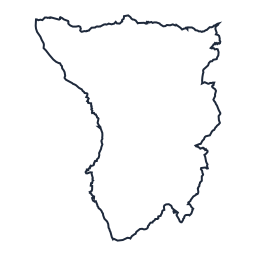 outline of Berislavesti, Vâlcea, Romania
{"feature_id": "2599482B15216043869555", "entity_name": "Berislavesti", "entity_type": "district", "adm_level": 2, "iso_a3": "ROU", "parent_name": "Romania", "parent_adm1": "Vâlcea", "projection": "orthographic", "projection_center": [24.443, 45.275], "detail": "fine", "context": "isolated", "style": "outline", "palette": "slate", "viewbox_px": 256, "rotation_deg": 0, "n_neighbors": 0, "source": "geoboundaries", "source_scale": "gbopen_adm2", "svg_char_len": 5724}
<svg xmlns="http://www.w3.org/2000/svg" viewBox="0 0 256 256"><path d="M135.5,233.9L136.4,231.8L140.0,229.0L142.2,228.8L144.0,229.4L145.9,229.1L147.0,228.5L147.8,227.6L147.9,226.5L148.2,225.7L148.9,225.3L149.2,224.4L150.5,222.7L152.5,222.5L152.9,221.5L154.7,220.2L155.3,219.0L157.5,219.0L158.1,218.6L158.4,218.1L158.1,217.1L158.3,216.4L160.6,215.9L161.1,214.4L161.8,213.5L162.3,211.0L162.9,210.4L164.3,209.9L163.9,206.7L164.3,205.5L166.1,204.4L168.8,204.2L171.3,205.8L172.2,208.2L175.0,210.5L173.9,210.6L173.5,211.1L174.0,211.7L173.7,212.1L173.9,212.7L174.6,212.4L175.1,212.6L175.8,212.1L175.5,211.1L175.7,210.9L177.9,212.6L176.6,214.8L176.6,215.3L179.0,219.3L179.8,221.4L181.1,222.3L181.7,222.2L182.7,220.6L183.2,219.7L183.2,218.8L184.2,217.9L184.3,216.6L185.2,215.4L186.1,215.0L188.6,214.9L189.5,215.4L191.3,213.6L192.6,210.0L192.4,209.7L193.2,208.8L191.4,207.0L190.1,204.6L189.1,204.1L188.1,204.1L188.8,203.0L188.4,202.4L190.4,201.0L190.8,199.9L193.3,196.5L195.8,195.0L196.4,194.0L197.5,194.1L198.2,192.8L198.3,191.6L197.8,188.7L198.1,188.4L198.1,187.6L199.4,185.9L199.3,184.8L200.0,183.2L200.0,182.5L201.8,180.8L201.8,176.3L202.9,175.1L203.1,174.3L202.5,173.1L202.1,170.8L200.9,169.1L201.2,168.0L205.3,167.5L207.0,168.6L207.8,168.4L207.0,165.9L207.5,164.3L206.9,163.5L206.1,161.6L205.2,156.8L204.4,154.9L206.1,153.7L207.6,151.8L207.4,150.6L206.2,150.1L205.9,149.3L205.1,149.9L204.5,148.8L203.7,148.7L203.7,148.0L203.5,147.8L202.8,147.7L200.3,148.7L199.5,147.7L198.2,147.2L197.8,146.3L196.3,146.5L195.5,145.6L199.5,144.0L200.7,143.9L202.4,140.8L204.0,139.2L204.3,138.1L205.0,136.9L205.8,136.3L209.9,135.3L211.9,131.5L213.1,130.3L214.2,129.9L215.5,127.4L216.3,126.8L217.0,125.7L218.6,124.5L219.9,122.9L218.9,120.1L218.6,116.1L220.3,113.8L220.3,113.0L218.7,110.0L217.0,105.6L215.9,104.0L215.3,102.4L214.0,100.8L213.4,99.6L215.1,96.1L215.0,94.4L216.0,90.9L215.1,89.2L212.8,87.6L212.1,86.7L212.1,86.2L212.7,85.4L213.0,85.5L213.6,85.0L213.7,83.9L214.2,82.6L212.8,82.6L211.3,83.1L210.2,82.9L209.1,83.6L208.2,83.8L204.7,82.2L202.0,83.5L202.3,82.3L202.1,80.6L202.4,77.0L203.0,73.6L203.4,72.5L203.1,70.7L203.5,69.5L208.1,65.4L208.9,63.0L210.4,61.4L212.2,61.2L213.2,59.8L216.7,59.1L217.2,57.3L218.3,55.5L218.6,52.2L217.7,49.3L216.7,49.0L214.8,49.4L213.7,48.1L211.5,48.4L210.7,48.0L212.9,45.7L213.5,44.5L214.3,44.1L215.0,42.9L215.5,43.1L215.6,43.9L216.6,43.1L217.3,44.2L217.7,44.0L218.3,43.0L219.4,43.6L220.0,43.1L220.3,41.5L219.6,40.3L219.7,38.4L219.1,35.9L217.9,34.9L215.9,34.4L216.7,32.8L215.4,29.0L215.6,26.6L216.7,26.0L217.2,25.0L218.1,24.8L218.3,24.0L218.9,23.4L217.4,23.8L214.8,25.5L214.1,25.5L212.8,26.8L211.4,27.3L209.7,27.2L206.7,30.0L205.7,30.2L203.9,31.4L202.7,31.4L201.9,31.9L200.4,31.3L198.9,31.4L197.4,30.5L195.4,30.2L194.4,28.9L192.0,27.5L187.7,27.4L187.4,27.7L187.4,29.3L186.7,28.5L186.7,27.6L186.0,27.6L185.1,28.5L184.0,28.6L182.1,29.5L180.5,27.8L176.2,24.8L175.9,25.4L175.4,25.5L172.8,24.4L170.1,25.3L166.9,25.0L165.3,26.1L163.3,26.3L160.3,24.4L159.6,23.5L156.3,22.4L154.1,22.4L152.6,22.9L151.4,22.0L149.4,22.5L148.3,21.9L147.9,22.3L146.9,21.8L146.6,22.2L147.2,23.4L146.1,23.7L144.1,22.8L138.6,23.0L137.8,23.3L135.7,20.5L133.9,19.6L132.6,19.5L131.4,18.6L130.4,17.1L128.2,15.4L124.0,16.2L123.9,17.9L123.5,19.1L122.3,19.7L122.0,20.3L122.2,21.5L120.7,22.5L120.3,23.2L119.5,23.6L116.9,23.4L115.7,21.9L114.2,23.6L111.5,24.3L108.6,23.6L107.7,24.2L106.2,24.6L105.5,24.3L104.0,24.5L100.0,26.6L99.3,26.4L98.1,26.7L97.2,26.4L96.2,26.7L95.2,27.5L91.6,27.7L89.5,29.7L89.2,30.4L88.2,30.5L87.6,31.0L86.7,30.9L86.2,31.3L84.3,31.1L81.8,31.8L80.8,31.3L80.2,30.4L80.8,28.6L80.4,27.7L80.4,27.1L79.9,26.6L78.6,26.1L76.1,26.6L72.8,26.6L70.3,25.5L68.5,23.9L68.2,23.0L68.5,22.0L68.1,21.0L63.8,19.4L62.2,18.1L60.3,17.2L60.0,17.5L60.1,19.0L59.1,19.6L50.9,17.4L50.7,17.8L49.9,18.0L49.6,17.5L47.7,17.9L46.7,17.5L44.9,17.5L42.4,20.1L40.3,19.7L38.3,20.2L36.8,19.4L36.0,19.4L35.7,25.8L36.0,28.6L37.1,31.9L40.4,36.7L41.7,39.9L43.6,43.3L43.9,44.9L43.6,48.1L45.9,50.4L49.6,55.2L53.3,59.5L56.1,61.8L58.8,63.1L59.8,63.1L60.3,63.7L60.8,65.0L61.9,66.1L62.2,68.4L63.6,70.2L64.6,72.2L65.2,75.9L64.6,77.3L64.6,78.0L65.9,79.7L72.2,83.1L73.2,84.0L74.3,84.3L76.1,85.3L79.0,87.9L81.8,89.4L82.7,91.0L83.8,91.7L84.6,93.0L86.9,93.3L87.4,93.8L87.4,94.9L86.3,97.1L87.9,97.6L88.7,98.6L87.2,101.1L88.1,101.4L88.2,102.0L88.0,102.7L88.3,103.0L91.1,103.3L91.2,105.7L91.6,106.1L91.3,106.7L91.6,107.0L91.5,107.4L92.0,108.5L91.4,108.9L91.3,109.4L92.4,110.7L91.9,112.3L92.1,113.1L94.0,112.9L94.6,114.2L95.9,114.5L96.2,115.5L96.8,116.1L97.1,117.5L98.2,118.1L98.5,118.6L97.6,122.9L98.8,125.1L100.0,126.6L98.2,126.7L100.8,128.8L102.3,132.9L102.4,135.4L102.2,137.6L102.4,138.8L101.5,140.5L101.4,141.3L101.8,142.0L101.7,142.7L102.4,144.3L101.3,147.3L101.1,148.8L99.1,153.1L99.3,155.1L98.7,157.7L97.0,159.3L96.8,161.0L95.4,161.1L95.9,160.5L94.9,161.1L94.5,162.6L93.9,163.4L94.0,164.1L93.8,164.9L92.9,165.5L90.7,166.1L89.9,168.2L89.6,168.1L89.6,167.6L89.1,168.5L88.3,169.0L88.3,170.1L87.7,170.3L86.8,169.8L86.7,170.8L85.9,171.4L85.6,172.1L86.2,173.3L87.2,173.4L90.2,172.3L91.8,172.5L91.6,173.8L92.8,178.1L92.5,178.5L92.5,179.6L93.1,180.4L92.6,180.7L92.1,183.2L91.1,183.2L90.7,185.7L92.2,186.0L92.1,189.6L91.7,190.9L90.0,191.9L90.6,192.3L90.6,192.8L90.2,193.1L91.4,194.0L91.6,194.7L93.1,196.1L94.1,196.5L94.0,197.9L93.4,197.1L92.1,198.0L92.7,199.9L93.2,200.8L93.9,201.0L94.6,201.7L95.8,201.2L97.3,204.9L97.5,206.1L98.3,207.1L98.6,208.2L100.3,209.4L101.6,211.1L102.2,212.6L102.9,213.4L103.2,215.4L104.4,218.7L107.1,221.5L108.2,224.0L108.6,227.8L109.3,228.9L109.8,230.7L110.5,232.1L111.8,237.1L112.9,239.2L113.2,238.7L113.8,238.8L117.6,240.6L122.8,240.0L127.4,237.8L129.8,238.1L130.4,238.5L131.8,236.2L134.7,234.1L135.5,233.9Z" fill="none" stroke="#1e293b" stroke-width="2"/></svg>